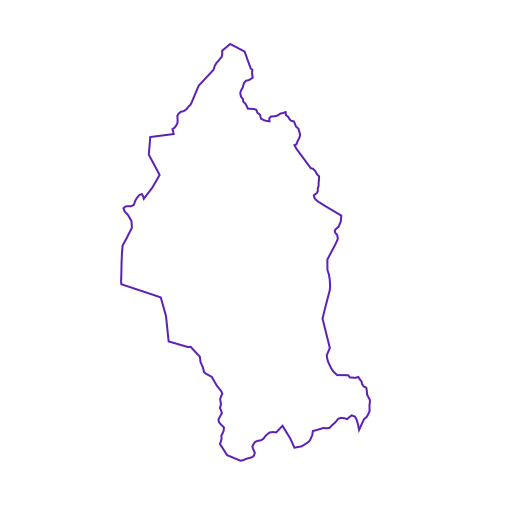 outline of Jacobina do Piauí, Piauí, Brazil, rotated 280°
{"feature_id": "56859067B3034327290943", "entity_name": "Jacobina do Piauí", "entity_type": "district", "adm_level": 2, "iso_a3": "BRA", "parent_name": "Brazil", "parent_adm1": "Piauí", "projection": "mercator", "projection_center": [-41.254, -7.912], "detail": "fine", "context": "isolated", "style": "outline", "palette": "violet", "viewbox_px": 512, "rotation_deg": 280, "n_neighbors": 0, "source": "geoboundaries", "source_scale": "gbopen_adm2", "svg_char_len": 3199}
<svg xmlns="http://www.w3.org/2000/svg" viewBox="0 0 512 512"><g transform="rotate(280 256 256)"><path d="M354.8,131.2L350.8,131.6L337.2,132.8L319.1,147.0L311.9,144.4L305.5,142.1L292.9,135.6L295.5,134.3L297.1,132.8L296.0,130.7L292.8,128.8L289.9,127.6L285.1,126.8L283.2,124.1L282.9,121.6L282.2,119.0L280.0,117.2L277.1,118.9L274.1,122.9L268.7,127.3L262.3,128.9L253.1,126.1L250.1,125.2L243.2,122.8L234.7,123.6L229.7,124.3L227.1,124.6L216.2,126.3L207.3,127.6L204.8,128.3L198.7,169.4L181.2,177.8L156.7,184.8L154.5,204.7L155.2,207.4L149.8,214.5L147.2,218.1L145.1,218.8L142.1,219.7L137.1,223.0L132.6,225.0L131.4,227.1L129.3,233.4L121.5,239.9L119.5,242.2L116.7,245.4L114.6,246.7L111.6,246.0L108.9,245.5L103.7,247.3L100.0,246.9L97.7,248.5L95.3,249.7L91.6,248.4L88.5,247.4L85.8,248.5L83.7,251.1L81.6,254.2L78.2,254.5L75.7,253.9L73.1,253.1L69.9,253.8L67.2,253.6L64.7,253.1L63.0,254.6L54.8,262.2L54.0,266.1L51.7,276.4L52.8,278.9L54.8,282.1L55.9,284.4L56.9,286.7L59.0,288.7L62.0,289.0L65.4,286.7L67.7,285.5L70.6,286.3L72.9,287.5L74.4,290.0L75.3,292.8L77.2,295.0L80.6,296.7L83.2,298.7L84.8,300.5L85.6,303.4L85.8,306.5L93.4,311.6L82.7,321.0L80.6,322.6L73.9,327.1L76.5,334.1L78.4,336.1L80.3,338.3L82.4,340.3L84.7,341.4L89.4,342.5L93.5,342.4L94.7,345.0L96.5,348.7L98.4,352.4L98.6,355.6L99.5,358.3L102.0,359.9L106.0,363.0L110.0,365.3L111.3,367.6L111.6,371.5L111.2,374.1L113.2,375.6L115.7,377.9L115.0,381.3L112.3,383.5L107.6,385.8L102.6,387.7L114.1,390.7L116.8,393.0L120.2,394.1L122.8,394.8L129.2,393.6L131.5,393.6L134.1,393.1L136.3,391.4L138.7,389.5L142.2,388.6L145.4,387.5L146.3,384.7L148.1,382.8L150.8,381.7L152.8,379.4L154.7,377.7L153.3,375.3L153.1,373.1L152.7,369.7L154.6,367.3L152.8,356.7L154.3,354.2L155.9,352.0L158.5,349.5L161.6,347.3L164.2,345.5L166.7,344.2L170.6,342.9L178.2,344.7L205.9,332.4L216.7,333.1L235.2,334.6L239.3,334.2L245.6,332.7L250.2,331.1L254.6,328.8L264.9,326.9L281.2,332.1L286.8,333.6L289.1,333.0L291.0,332.2L292.4,330.2L294.6,329.1L296.8,330.2L299.2,332.3L304.8,333.5L310.6,333.0L317.5,314.7L320.5,307.4L322.1,304.8L323.7,303.3L325.8,302.4L328.6,305.0L330.7,305.6L333.3,305.1L335.6,305.5L338.6,305.0L341.3,304.8L343.4,304.6L345.4,304.3L346.9,302.1L350.1,299.5L351.8,297.0L352.0,294.7L368.3,277.5L371.8,274.6L373.0,276.4L375.4,276.8L379.6,278.1L382.5,278.5L385.5,277.3L388.8,275.7L390.4,272.9L392.9,271.4L395.2,269.9L395.2,267.3L396.4,265.4L398.6,263.5L400.0,261.0L402.9,260.2L401.5,257.8L400.5,255.3L398.1,252.9L396.7,249.7L396.0,246.5L393.9,245.2L391.0,245.9L390.8,243.3L391.1,240.5L392.1,237.1L395.8,235.4L397.4,232.4L399.9,231.0L400.4,228.8L400.2,226.7L399.7,222.4L401.9,220.9L404.0,219.2L405.8,216.7L408.3,215.9L410.4,213.5L413.3,212.3L415.3,212.3L417.3,212.8L419.8,213.7L422.0,213.9L424.3,214.2L426.8,215.6L428.0,218.5L431.0,221.8L433.9,220.8L436.1,220.2L438.7,220.1L439.8,218.2L455.3,209.3L460.3,193.8L452.3,187.0L449.0,187.7L446.3,187.7L444.0,186.3L441.8,185.2L439.4,183.6L436.4,182.4L433.8,182.1L431.8,181.7L413.8,170.0L395.9,165.9L393.5,165.2L391.2,163.4L388.7,162.2L386.1,159.7L384.9,156.8L382.7,155.0L380.4,154.2L377.6,154.9L375.2,155.4L373.0,155.5L370.6,154.7L368.3,153.6L366.4,151.7L364.0,152.9L361.8,153.7L354.8,131.2Z" fill="none" stroke="#5b21b6" stroke-width="2"/></g></svg>